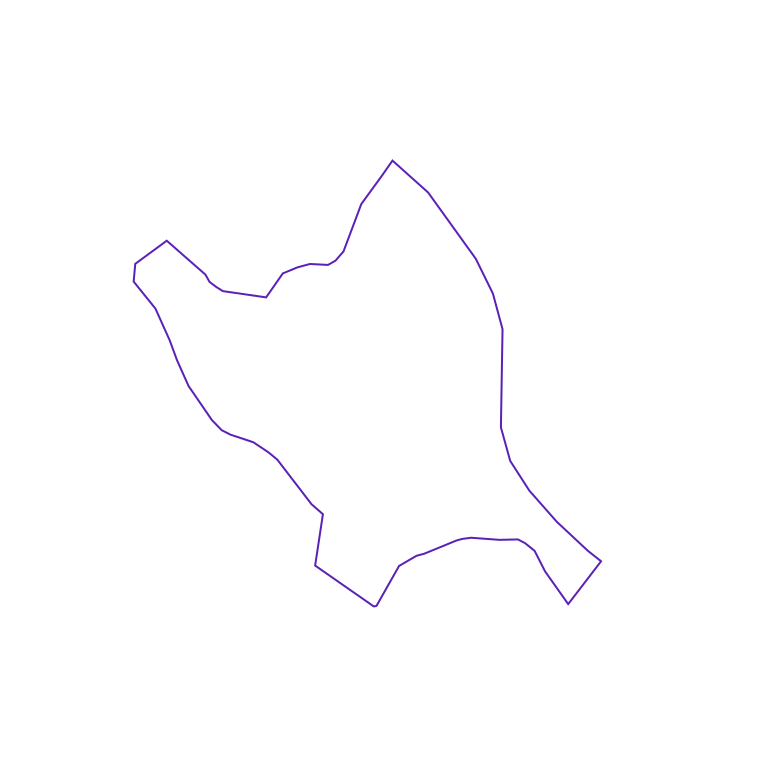 the District of Pemagatsel, rotated 119°
{"feature_id": "BTN-2491", "entity_name": "Pemagatsel", "entity_type": "District", "adm_level": 1, "iso_a3": "BTN", "parent_name": "Bhutan", "parent_adm1": "", "projection": "equal_earth", "projection_center": [91.365, 27.001], "detail": "fine", "context": "isolated", "style": "outline", "palette": "violet", "viewbox_px": 768, "rotation_deg": 119, "n_neighbors": 0, "source": "natural_earth", "source_scale": "10m", "svg_char_len": 838}
<svg xmlns="http://www.w3.org/2000/svg" viewBox="0 0 768 768"><g transform="rotate(119 384 384)"><path d="M433.8,108.2L487.2,116.2L469.8,152.3L456.9,171.4L454.8,183.6L455.0,191.5L464.3,207.4L476.3,233.4L481.7,240.6L485.8,244.8L513.0,266.6L518.5,272.3L535.8,282.6L581.7,283.0L583.5,285.1L576.2,356.2L527.5,374.3L524.3,389.1L501.9,440.6L499.8,451.8L498.3,470.0L502.7,493.4L503.1,503.5L499.0,517.0L480.5,554.0L463.5,576.6L449.7,592.6L439.9,605.7L428.9,620.4L415.8,652.6L399.5,659.8L364.0,643.5L374.9,593.2L379.3,586.1L380.5,577.5L380.9,570.0L365.4,529.1L336.3,526.1L324.0,516.3L314.9,506.9L307.0,490.7L299.6,486.2L287.6,483.7L237.6,491.1L201.9,486.7L184.5,484.9L195.1,438.3L230.0,364.4L252.1,332.6L278.6,306.9L365.3,260.7L390.1,236.3L406.8,205.2L420.7,166.2L431.0,125.1L433.8,108.2Z" fill="none" stroke="#5b21b6" stroke-width="2"/></g></svg>